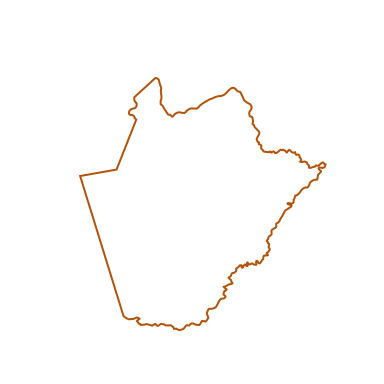 the district of La Campa, Lempira, Honduras, rotated 56°
{"feature_id": "27666195B33699186297111", "entity_name": "La Campa", "entity_type": "district", "adm_level": 2, "iso_a3": "HND", "parent_name": "Honduras", "parent_adm1": "Lempira", "projection": "equal_earth", "projection_center": [-88.545, 14.476], "detail": "fine", "context": "isolated", "style": "outline", "palette": "amber", "viewbox_px": 384, "rotation_deg": 56, "n_neighbors": 0, "source": "geoboundaries", "source_scale": "gbopen_adm2", "svg_char_len": 6007}
<svg xmlns="http://www.w3.org/2000/svg" viewBox="0 0 384 384"><g transform="rotate(56 192 192)"><path d="M299.4,245.6L298.5,244.0L298.4,243.5L298.9,242.3L299.9,240.9L300.3,239.9L300.7,238.4L300.8,236.9L300.2,235.2L297.9,231.1L297.2,229.4L296.8,228.1L296.8,227.5L298.1,225.0L298.1,224.3L297.8,223.4L297.4,222.6L297.2,222.5L294.6,223.2L294.0,222.8L293.0,221.6L292.3,220.7L292.3,220.2L292.6,219.5L292.6,219.0L292.4,218.2L292.1,217.8L290.1,218.4L288.4,218.7L288.4,218.4L288.8,217.5L289.1,216.1L289.1,214.2L289.2,213.3L290.3,210.6L290.4,210.0L290.3,209.6L290.0,209.3L289.4,209.6L288.9,209.7L287.6,209.1L286.5,208.9L284.1,209.7L283.5,209.6L283.4,209.2L283.5,208.2L283.3,206.7L282.2,205.2L281.8,204.3L281.8,203.9L282.2,203.2L282.4,202.6L282.5,201.3L282.4,200.3L281.7,199.1L281.2,198.6L280.5,198.5L280.2,197.8L280.2,196.1L279.6,193.4L279.7,193.0L280.2,192.2L280.9,191.9L281.1,192.0L281.3,192.6L281.7,192.9L282.9,192.7L283.0,192.3L282.8,191.7L281.8,189.8L281.7,188.9L281.9,188.6L283.9,188.1L284.3,187.5L284.2,187.1L284.0,186.9L283.1,187.0L282.2,186.8L281.5,186.0L281.4,185.5L281.8,185.3L283.3,185.3L284.2,184.7L284.5,184.4L284.6,182.8L284.9,182.1L286.9,181.0L287.7,180.3L288.1,179.7L288.2,179.3L288.0,179.0L286.2,178.2L285.4,177.6L285.2,177.2L285.4,176.6L286.1,176.4L288.1,176.5L288.7,176.2L289.1,175.7L289.1,175.3L288.9,174.7L287.7,172.1L287.5,170.5L285.7,169.1L285.3,168.7L285.1,168.3L285.3,167.3L286.3,165.7L286.8,164.6L286.2,164.2L285.1,164.6L284.5,164.4L284.3,163.5L284.4,162.5L283.3,159.9L282.8,159.5L282.4,159.4L281.1,159.4L280.4,159.2L279.9,158.8L278.8,157.5L278.3,157.2L277.9,157.2L277.1,157.6L276.2,157.2L275.2,157.2L274.5,157.4L274.2,157.2L273.9,156.5L273.7,155.5L272.4,154.0L272.0,153.2L271.7,150.4L271.6,149.8L270.8,149.1L269.2,148.2L268.5,147.6L268.2,147.0L268.0,146.4L268.3,142.8L268.1,142.0L267.7,141.3L266.1,140.5L265.4,139.9L265.3,139.2L265.5,137.4L265.1,136.2L263.1,132.4L262.4,130.6L259.6,125.4L259.5,124.3L259.6,118.5L259.3,117.5L259.0,117.1L258.8,117.1L255.7,119.2L255.2,119.3L254.8,119.1L254.8,118.8L255.0,118.4L257.3,115.9L257.5,115.1L257.5,114.3L257.4,113.7L257.1,113.3L255.4,112.2L254.5,110.4L254.0,109.8L253.1,109.1L252.7,108.4L253.3,107.0L253.2,104.9L252.9,103.5L251.6,100.2L251.2,98.0L251.7,95.3L251.8,95.0L252.2,94.7L252.6,94.2L252.7,93.8L252.7,93.3L252.5,92.6L252.0,91.4L250.3,88.9L250.0,88.1L249.9,87.3L250.1,84.4L251.2,82.1L251.6,81.6L251.7,81.3L251.3,80.7L249.9,79.5L248.3,77.9L248.0,77.2L247.5,74.2L247.1,73.6L246.3,73.4L245.1,73.9L244.0,74.0L243.4,73.9L243.1,73.5L242.9,73.0L243.0,72.4L245.1,70.3L245.3,69.7L245.5,68.8L245.5,68.3L245.2,67.7L243.7,65.8L243.1,66.4L242.1,66.7L241.0,66.7L240.5,67.3L240.4,68.6L240.8,71.5L240.7,72.9L240.5,73.3L239.3,74.3L239.7,76.2L239.2,76.8L238.5,79.6L237.8,81.0L237.4,81.3L237.0,81.3L235.3,80.2L233.5,80.7L232.4,80.3L231.3,80.4L230.4,81.2L229.7,81.5L229.1,83.0L228.6,84.1L227.9,85.0L227.4,85.3L227.3,85.1L226.6,83.5L224.3,83.1L223.2,83.4L222.2,82.7L221.2,82.6L220.5,82.9L220.0,83.4L219.7,84.5L219.3,84.9L218.6,84.9L216.8,84.3L216.1,86.0L215.4,86.6L214.5,87.0L212.1,87.5L211.4,87.9L211.3,88.4L212.1,90.7L212.2,91.3L211.4,91.6L210.1,91.6L209.2,92.3L208.2,92.5L207.7,93.3L207.3,94.4L206.6,94.7L206.5,95.4L206.9,99.3L206.8,100.6L206.4,100.8L206.0,101.4L204.8,101.4L204.0,101.7L203.7,102.7L203.6,103.2L203.8,103.8L203.7,104.1L203.3,104.4L202.6,104.4L202.2,104.6L202.0,105.0L202.1,105.6L201.0,107.4L199.6,108.7L199.1,109.5L198.4,109.9L197.5,110.0L196.7,109.8L195.6,110.2L195.1,110.3L193.5,109.7L192.7,108.8L192.4,108.6L191.0,108.8L189.7,109.8L189.3,109.7L188.8,109.1L188.3,108.8L187.9,108.9L187.3,109.4L186.6,109.5L185.2,109.0L184.4,108.9L183.7,108.1L181.5,103.9L180.7,103.1L179.9,102.7L178.9,102.7L177.4,103.1L175.7,103.2L173.5,103.7L172.7,103.7L171.8,103.3L171.2,103.3L170.1,103.7L169.6,103.8L169.1,103.5L168.1,102.3L167.5,101.7L163.9,100.3L163.2,100.3L162.4,101.1L161.6,101.6L160.4,101.4L158.7,100.6L157.6,99.5L156.6,96.9L155.7,95.6L154.8,95.0L153.5,94.7L152.6,94.7L151.4,94.9L147.9,96.7L145.1,97.5L141.4,96.7L136.3,96.1L134.9,97.0L133.7,98.0L130.7,98.3L129.9,98.8L129.2,98.9L128.5,99.8L128.0,101.2L128.0,102.5L128.3,104.8L129.1,108.3L129.4,110.6L129.1,113.0L128.2,115.0L127.4,116.5L126.6,118.4L126.2,119.9L125.8,123.2L125.2,124.7L125.0,126.1L124.9,127.6L124.6,131.6L124.6,134.6L124.7,136.7L125.5,139.7L125.5,141.5L122.1,146.2L121.9,146.8L121.7,148.1L121.6,149.6L121.8,151.3L122.3,152.8L122.3,153.5L122.2,154.0L121.4,155.3L118.7,158.1L118.2,159.2L117.8,161.0L117.8,162.7L118.7,165.6L118.6,166.1L118.2,166.5L115.8,166.9L114.7,168.3L114.0,168.5L107.1,168.5L104.1,168.1L101.8,168.9L98.8,167.0L97.8,165.5L96.9,164.7L95.7,164.0L95.1,163.4L94.1,163.2L93.0,162.4L90.4,161.1L89.0,159.7L88.1,159.2L84.6,158.3L80.2,156.8L79.4,156.9L78.3,157.4L77.6,158.0L77.0,158.7L81.2,186.8L82.7,188.0L84.5,188.7L86.4,188.4L87.7,188.5L88.9,189.2L89.8,190.0L90.3,191.1L90.6,192.3L89.5,195.2L89.4,196.2L89.5,197.3L89.7,198.3L90.1,199.0L90.7,199.6L91.5,200.2L92.4,200.5L92.9,200.5L93.4,200.1L94.8,198.3L95.9,198.0L96.7,197.7L97.1,197.6L98.7,198.2L100.8,197.7L131.2,242.0L116.2,275.8L256.7,318.2L258.6,317.5L260.6,316.6L261.7,315.9L262.4,315.3L262.8,314.7L263.4,313.2L264.4,311.9L265.1,308.1L266.1,307.2L267.2,306.5L267.6,306.3L267.8,306.5L268.0,309.4L268.2,309.8L270.3,309.6L271.1,309.8L272.5,308.8L272.8,308.7L273.2,309.0L273.5,308.9L275.4,305.5L275.9,303.9L276.3,303.3L277.3,302.4L280.5,299.8L280.6,297.2L280.8,296.1L281.0,296.0L282.2,296.1L283.8,295.3L284.0,294.8L284.1,294.0L283.9,291.8L284.0,291.4L284.4,290.9L286.0,289.5L286.3,289.0L288.0,288.4L288.9,286.8L289.4,286.4L289.8,285.3L290.5,284.2L293.4,283.1L295.5,283.4L296.5,281.4L298.0,280.7L299.2,280.0L299.5,279.6L300.2,277.8L300.6,276.1L300.5,274.6L299.7,272.5L299.4,271.1L299.6,270.6L300.4,270.0L301.1,269.1L301.1,268.7L300.7,267.4L300.7,265.8L301.1,265.2L301.9,264.4L304.0,263.2L305.5,261.5L306.4,260.2L306.3,259.7L305.0,257.1L304.5,255.8L305.9,254.1L306.9,253.4L307.0,253.0L306.6,251.6L305.8,249.5L305.7,248.9L303.8,248.3L301.4,247.9L300.6,247.4L299.4,245.6Z" fill="none" stroke="#b45309" stroke-width="2"/></g></svg>